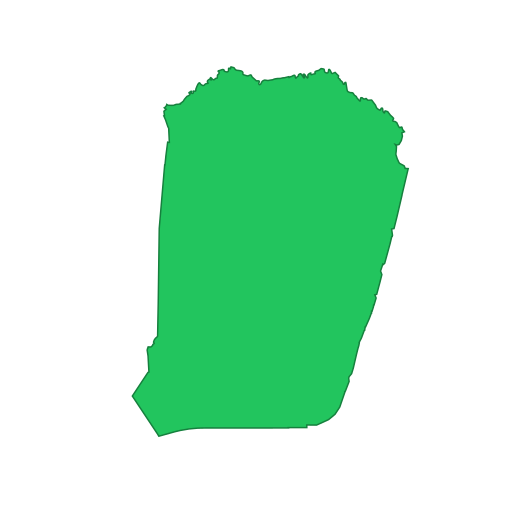 Waalre, Noord-Brabant, Netherlands (orthographic projection), rotated 105°
{"feature_id": "6326949B57624243850384", "entity_name": "Waalre", "entity_type": "district", "adm_level": 2, "iso_a3": "NLD", "parent_name": "Netherlands", "parent_adm1": "Noord-Brabant", "projection": "orthographic", "projection_center": [5.434, 51.386], "detail": "fine", "context": "isolated", "style": "filled", "palette": "green", "viewbox_px": 512, "rotation_deg": 105, "n_neighbors": 0, "source": "geoboundaries", "source_scale": "gbopen_adm2", "svg_char_len": 5745}
<svg xmlns="http://www.w3.org/2000/svg" viewBox="0 0 512 512"><g transform="rotate(105 256 256)"><path d="M96.8,145.8L96.0,147.0L95.2,147.6L93.9,148.3L93.8,148.6L93.8,149.0L94.8,150.4L94.8,150.6L94.3,151.4L93.3,152.4L90.7,154.6L90.1,156.6L90.3,158.4L90.1,158.7L89.6,159.1L89.3,159.1L88.3,158.7L87.6,158.7L87.3,158.9L86.4,160.3L85.2,162.6L83.3,165.1L82.6,165.9L82.4,166.9L82.4,167.8L82.4,168.7L82.5,168.9L82.8,169.0L84.4,168.9L84.6,169.1L84.6,169.3L84.2,170.0L83.3,170.9L81.4,171.6L80.6,172.1L80.5,172.4L80.6,172.7L80.7,173.1L81.0,173.3L82.8,173.7L83.1,174.1L82.5,176.4L82.0,177.4L81.3,178.2L79.4,179.6L75.6,184.4L75.5,184.7L75.5,185.0L76.3,187.3L76.5,188.4L76.4,188.8L75.8,189.6L75.4,190.2L75.5,190.7L76.0,191.3L76.4,192.3L76.3,193.1L75.9,193.9L75.7,194.5L75.8,195.2L76.1,195.7L76.6,195.8L77.6,195.7L79.0,195.4L79.4,195.6L79.4,196.0L77.8,198.5L77.0,199.6L76.2,200.2L75.9,200.6L75.6,201.4L75.4,202.1L75.1,202.7L74.0,203.9L73.7,204.2L73.4,204.9L73.5,206.0L73.8,207.5L73.5,209.6L73.0,210.4L71.8,211.1L65.6,213.9L65.1,214.3L65.2,214.7L65.5,215.0L67.2,215.2L67.5,215.7L67.3,216.3L67.1,216.4L65.7,217.5L65.0,218.7L64.6,219.7L64.3,220.2L63.9,220.3L63.6,220.6L63.0,222.0L62.6,222.7L62.2,222.8L61.1,222.8L60.6,222.9L60.2,223.6L59.1,225.6L58.2,227.0L58.3,227.3L58.5,227.5L59.9,229.3L60.0,229.6L60.0,230.0L59.8,230.4L58.8,231.2L57.6,232.3L57.0,233.0L56.8,233.6L57.1,234.0L59.6,233.8L60.4,234.0L60.6,234.3L60.9,234.9L60.9,235.5L60.9,236.1L60.7,236.8L60.4,237.3L60.2,237.5L58.4,238.3L58.2,238.5L57.9,238.8L57.9,239.2L58.0,241.1L58.2,241.7L60.2,243.2L60.7,243.9L61.5,245.3L62.1,246.1L62.4,246.4L62.8,246.6L63.4,246.6L63.6,246.5L64.2,246.0L64.7,246.1L65.3,247.4L66.5,249.3L66.5,249.9L65.1,250.5L65.4,251.1L66.1,251.8L67.2,252.6L67.6,252.7L68.3,252.6L70.0,252.1L70.4,252.2L70.7,252.5L70.4,253.1L69.6,254.2L68.3,255.6L67.9,256.5L68.0,256.8L68.2,257.3L68.8,257.5L69.1,257.3L69.6,256.4L70.3,255.7L70.8,255.4L71.1,255.4L71.4,255.5L71.6,255.7L71.2,256.4L68.4,259.8L68.4,260.2L68.5,260.5L69.3,261.3L69.9,261.8L70.6,261.8L71.2,261.8L71.4,261.8L72.4,262.7L73.8,263.4L73.9,263.5L73.7,263.8L73.5,264.1L71.6,265.1L71.5,265.5L71.5,265.9L72.1,266.8L72.5,267.2L73.2,267.9L73.9,269.1L74.4,269.7L75.0,270.2L74.3,270.7L76.1,274.0L76.7,275.1L76.8,275.8L78.2,278.5L78.9,280.9L79.5,282.4L80.4,284.2L81.3,285.3L81.6,285.8L82.2,287.3L83.2,289.4L83.5,290.4L83.7,292.3L83.9,293.3L84.7,294.4L85.3,294.9L86.5,295.5L88.1,295.8L88.8,296.0L89.3,296.4L89.6,296.8L89.6,297.2L89.5,297.4L89.2,297.7L88.7,298.0L88.0,298.0L86.6,297.9L86.3,298.1L86.2,298.6L86.2,299.4L86.7,300.6L86.6,301.2L85.1,304.1L84.3,305.7L83.6,306.7L82.7,307.2L82.5,307.7L82.5,308.1L82.8,308.6L83.1,309.1L83.9,310.0L84.3,311.1L84.2,314.3L84.0,315.4L83.6,315.8L82.3,316.1L81.7,316.6L81.5,316.9L81.2,317.6L81.1,318.4L81.2,320.1L81.6,322.9L81.4,323.6L81.2,324.3L80.1,325.6L79.9,325.9L79.8,326.5L79.8,329.1L80.1,329.2L81.7,329.1L81.5,330.5L81.6,330.8L82.0,331.0L84.3,330.5L85.0,330.7L85.8,331.6L85.8,334.2L85.8,334.3L84.6,335.1L84.4,335.5L84.5,336.5L84.9,337.2L86.4,339.4L86.8,340.2L87.2,340.4L87.5,340.3L88.2,339.1L88.4,339.0L89.5,339.0L91.0,339.9L91.5,340.0L93.3,339.6L94.1,339.5L95.1,341.2L96.0,341.6L96.3,341.8L96.5,342.0L96.7,342.5L96.8,342.9L96.7,343.2L96.2,344.3L95.4,345.7L95.4,345.9L95.5,346.1L95.9,346.1L97.0,345.1L97.5,344.9L97.6,345.2L97.3,345.9L97.1,346.6L98.9,348.0L99.7,348.2L100.1,348.1L101.5,347.0L101.8,347.2L102.2,348.4L102.6,349.0L103.2,349.6L104.5,350.3L104.8,350.7L105.1,351.3L105.0,352.1L104.6,353.6L104.4,353.9L103.6,354.9L103.4,355.2L103.4,355.5L103.6,355.8L104.2,356.2L105.3,356.6L107.7,357.0L109.7,357.2L110.3,357.3L111.5,357.0L112.0,357.0L112.4,357.2L112.6,357.6L112.7,357.8L112.8,358.8L112.9,359.2L113.2,359.2L114.5,358.8L115.0,358.9L115.3,359.2L115.5,359.7L115.5,360.5L115.4,360.8L114.9,361.0L114.3,360.8L113.8,360.8L113.6,361.1L113.6,361.3L115.5,363.0L115.8,363.0L116.3,362.0L116.6,361.7L117.3,361.7L117.6,361.8L118.7,362.8L119.7,364.0L121.3,364.8L123.2,365.7L125.3,366.3L127.7,368.0L128.2,368.7L128.5,368.7L128.8,368.5L129.3,369.7L130.2,372.4L131.8,374.6L132.4,376.7L133.1,379.7L133.1,380.2L132.7,381.4L133.6,381.4L135.0,381.8L135.3,382.1L136.1,382.3L136.6,382.9L137.3,381.6L137.5,380.8L140.0,382.4L144.2,380.7L144.5,381.3L147.9,378.6L153.9,374.6L155.2,373.4L168.7,369.1L168.9,370.8L182.3,369.0L191.5,367.5L191.6,367.8L254.4,356.6L327.4,338.1L358.9,330.3L359.7,330.6L360.6,331.1L361.4,331.8L361.9,331.9L362.7,332.3L363.5,332.5L365.2,332.7L365.9,332.6L366.5,331.8L366.7,331.7L367.0,331.8L367.6,332.4L368.2,332.7L369.3,332.8L370.9,333.8L371.2,334.4L371.7,336.6L372.5,336.4L372.7,336.6L372.8,336.8L375.0,336.8L380.5,334.4L395.8,329.4L396.4,330.2L423.3,339.2L453.0,305.5L455.2,303.2L446.7,288.8L444.0,283.8L441.6,278.6L440.4,276.0L438.4,270.6L437.4,267.9L436.6,265.2L435.0,259.6L413.7,180.2L413.4,180.4L408.6,162.5L406.1,163.2L403.6,153.7L395.2,143.5L388.4,138.7L380.2,136.0L364.1,134.9L363.9,135.1L363.4,134.7L353.1,133.6L349.9,134.9L348.4,134.8L344.9,133.2L339.1,133.0L324.6,133.5L318.8,133.6L316.0,133.5L313.1,133.7L312.8,134.0L311.9,133.8L308.8,133.1L307.6,132.9L300.0,132.2L299.7,131.8L296.2,132.2L296.1,131.8L287.3,130.4L281.3,129.8L281.2,129.6L279.4,130.1L279.3,129.6L274.6,129.4L273.0,129.7L272.9,129.3L265.5,129.1L262.7,131.2L261.8,129.5L249.3,129.5L241.4,129.6L238.3,131.8L231.0,131.4L231.3,130.8L229.7,129.8L209.3,129.7L202.1,129.9L201.9,129.5L200.7,129.5L194.8,132.0L193.8,129.8L181.5,130.0L159.6,130.7L159.5,130.8L132.2,131.6L132.8,134.7L132.3,135.0L132.1,135.0L131.4,135.6L130.7,136.0L130.3,137.2L129.5,140.7L129.3,141.4L128.5,142.3L125.6,144.7L121.9,147.1L120.8,147.4L118.5,147.7L114.0,148.6L113.8,148.7L112.2,150.4L112.3,149.2L112.3,148.7L112.1,148.2L111.2,146.7L106.9,145.5L102.3,145.6L99.3,147.0L97.6,144.8L96.8,145.8Z" fill="#22c55e" stroke="#15803d" stroke-width="1.5"/></g></svg>